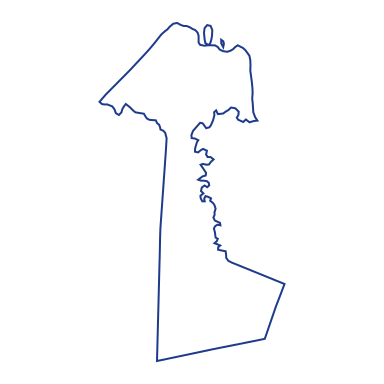 São Caetano de Odivelas, Pará, Brazil
{"feature_id": "56859067B48440090110628", "entity_name": "São Caetano de Odivelas", "entity_type": "district", "adm_level": 2, "iso_a3": "BRA", "parent_name": "Brazil", "parent_adm1": "Pará", "projection": "albers", "projection_center": [-48.02, -0.863], "detail": "fine", "context": "isolated", "style": "outline", "palette": "blue", "viewbox_px": 384, "rotation_deg": 0, "n_neighbors": 0, "source": "geoboundaries", "source_scale": "gbopen_adm2", "svg_char_len": 2562}
<svg xmlns="http://www.w3.org/2000/svg" viewBox="0 0 384 384"><path d="M264.8,338.8L266.5,333.9L275.8,306.8L281.0,293.3L284.5,284.0L231.8,262.6L228.3,260.8L226.2,257.8L226.1,254.7L225.6,251.2L222.0,250.6L218.1,249.7L218.2,247.2L220.2,245.5L217.1,244.2L214.5,243.2L216.7,241.3L217.8,238.8L215.6,237.6L214.9,232.2L213.9,228.6L215.1,226.2L217.4,224.7L220.4,225.3L220.0,222.9L214.8,220.5L213.4,217.5L214.6,214.9L214.5,212.3L215.6,208.7L214.5,205.2L213.1,203.1L210.2,200.8L211.0,198.3L208.0,196.8L205.5,196.1L204.2,198.7L204.7,201.3L202.3,201.3L200.7,198.3L200.4,195.8L203.4,193.4L201.0,191.1L201.8,187.5L204.6,185.5L207.2,187.2L209.2,185.4L208.8,182.9L206.9,181.2L204.0,180.7L201.1,180.7L198.2,179.7L202.5,176.4L205.7,175.5L206.0,172.7L204.6,170.7L203.3,168.6L200.6,164.8L203.0,163.9L206.3,164.7L209.0,164.5L210.7,162.1L213.6,159.4L210.6,157.1L207.6,157.0L206.1,154.5L206.9,150.7L203.1,148.9L200.6,150.3L198.1,152.4L195.0,151.7L195.1,148.4L196.9,142.3L198.3,140.2L195.1,138.6L191.7,138.1L191.4,135.2L193.0,130.9L200.1,122.8L202.7,123.3L206.2,128.2L209.4,127.3L210.9,125.3L213.1,120.2L214.4,115.3L214.1,112.2L216.1,110.4L217.9,114.1L223.2,113.5L226.0,111.4L228.2,110.2L231.1,107.5L235.4,108.3L238.7,111.7L238.4,115.0L236.8,117.6L238.1,119.7L240.8,120.9L243.2,122.0L245.9,119.5L249.5,122.3L253.9,121.0L257.4,120.6L255.2,117.3L253.3,112.3L252.7,103.1L252.2,98.5L252.6,93.8L252.5,89.0L251.9,82.5L250.3,70.5L250.5,65.3L250.3,60.2L249.4,55.7L245.5,50.3L243.0,48.0L237.7,45.3L235.0,47.2L233.3,49.0L230.8,50.6L227.2,51.8L222.9,51.1L219.6,49.5L217.8,47.0L215.1,45.4L208.8,45.2L204.1,45.7L200.1,44.8L198.6,42.5L198.6,39.5L198.6,35.8L197.6,32.6L195.3,30.1L192.6,29.0L189.7,27.2L186.6,26.0L183.8,26.0L180.9,25.0L177.2,23.0L173.3,23.7L169.7,26.7L167.3,29.5L165.2,31.0L161.3,34.5L154.1,43.6L149.3,49.3L144.1,55.0L129.7,70.4L105.9,94.4L99.5,101.8L102.0,104.1L104.8,104.5L107.2,104.4L112.3,106.4L114.6,109.5L115.8,113.1L118.9,115.0L121.4,112.4L122.4,109.0L124.0,106.3L125.8,104.0L128.0,105.7L130.5,107.8L132.6,110.0L135.3,112.3L139.3,113.0L143.9,113.7L145.5,116.5L146.9,118.5L149.4,119.8L152.7,120.1L155.8,120.3L157.1,123.2L159.1,124.7L160.0,127.1L160.5,129.5L163.4,130.8L165.1,132.7L165.8,135.1L166.6,138.2L166.0,149.0L160.4,228.3L160.1,237.4L159.7,256.9L159.5,263.4L157.0,361.0L213.0,349.2L258.2,340.2L264.8,338.8ZM208.8,45.2L210.5,42.6L211.5,38.8L212.0,35.8L212.3,30.1L210.6,25.9L207.2,25.1L204.6,28.1L204.0,32.6L204.3,36.4L204.7,39.9L205.4,43.1L208.8,45.2ZM223.9,43.8L223.3,41.3L221.2,39.8L221.3,43.5L223.2,47.1L223.9,43.8Z" fill="none" stroke="#1e3a8a" stroke-width="2"/></svg>